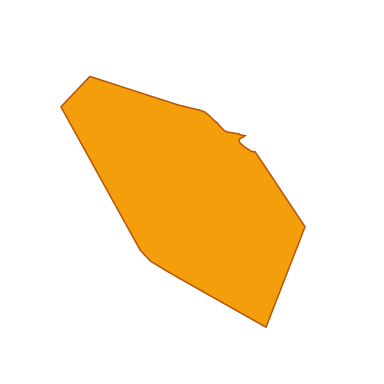 the district of Dar Sa'd, Lahij, Yemen, rotated 235°
{"feature_id": "15242507B92713589855665", "entity_name": "Dar Sa'd", "entity_type": "district", "adm_level": 2, "iso_a3": "YEM", "parent_name": "Yemen", "parent_adm1": "Lahij", "projection": "mercator", "projection_center": [44.98, 12.915], "detail": "fine", "context": "isolated", "style": "filled", "palette": "amber", "viewbox_px": 384, "rotation_deg": 235, "n_neighbors": 0, "source": "geoboundaries", "source_scale": "gbopen_adm2", "svg_char_len": 3209}
<svg xmlns="http://www.w3.org/2000/svg" viewBox="0 0 384 384"><g transform="rotate(235 192 192)"><path d="M336.9,133.5L304.1,130.0L292.8,128.8L247.5,124.0L236.2,122.8L173.8,116.2L164.7,117.5L159.2,118.3L151.8,121.6L139.2,127.1L138.9,127.3L129.0,131.9L42.2,173.4L38.8,175.1L44.7,183.9L60.2,207.1L60.3,207.2L76.0,230.7L91.3,253.7L91.5,253.9L91.6,254.1L91.9,254.5L92.3,255.1L92.6,255.5L92.8,255.9L93.0,256.2L93.3,256.6L93.4,256.8L93.7,257.2L94.0,257.6L94.3,258.0L96.9,262.0L98.3,264.2L98.6,264.6L101.6,264.7L102.5,264.7L103.0,264.7L103.6,264.7L104.6,264.8L105.7,264.8L106.7,264.8L107.7,264.8L109.3,264.9L111.0,264.9L112.4,265.0L113.2,265.0L114.3,265.0L115.6,265.1L116.8,265.1L118.0,265.1L119.3,265.1L120.5,265.2L121.7,265.2L123.0,265.2L123.5,265.2L124.2,265.3L125.4,265.3L126.6,265.3L127.9,265.4L129.1,265.4L130.4,265.4L131.6,265.4L132.5,265.5L132.9,265.5L134.1,265.5L135.3,265.6L136.6,265.6L137.8,265.6L138.6,265.6L139.0,265.6L142.9,265.7L144.6,265.8L145.9,265.8L147.1,265.8L148.3,265.9L149.6,265.9L150.9,265.9L152.1,266.0L153.3,266.0L153.6,266.0L154.4,266.0L155.7,266.1L156.9,266.1L158.2,266.1L159.4,266.2L160.6,266.2L161.9,266.2L163.2,266.2L164.4,266.3L165.7,266.3L165.9,266.3L166.1,266.3L166.9,266.4L168.5,266.4L169.2,266.4L169.7,266.4L169.8,266.5L179.0,266.6L181.2,266.6L186.7,266.7L187.4,266.7L188.9,266.8L189.2,266.3L190.0,265.1L191.6,263.8L191.7,263.7L195.0,262.5L195.5,262.2L196.6,261.8L196.9,261.7L197.1,261.6L197.5,261.4L197.8,261.3L198.7,261.0L199.3,260.8L199.7,260.7L199.8,260.6L200.4,260.5L200.8,260.4L201.5,260.2L202.4,260.0L202.7,259.9L203.4,259.7L203.7,259.7L204.9,259.5L205.4,259.5L205.9,259.7L206.0,259.8L206.8,260.1L206.9,260.3L207.3,260.5L207.6,260.7L208.1,261.2L208.0,261.4L208.0,261.9L208.0,262.3L207.8,264.5L207.6,266.2L207.7,266.7L207.7,267.3L207.7,267.6L207.7,267.8L207.8,267.7L209.5,266.0L211.4,264.0L212.6,264.0L212.9,263.6L213.3,263.2L213.9,262.5L215.2,261.2L215.9,260.4L217.1,259.3L217.4,258.9L217.7,258.6L218.9,257.3L220.3,255.9L220.6,255.6L220.8,255.6L221.3,255.2L221.9,254.8L222.9,254.2L224.7,253.5L228.3,252.9L229.1,252.8L229.3,252.8L231.5,252.4L231.8,252.3L232.3,252.3L232.7,252.2L233.3,252.5L233.5,252.6L234.0,252.5L234.3,252.4L234.5,252.2L235.0,252.2L235.4,251.9L235.5,251.9L235.9,251.7L236.3,251.6L236.5,251.5L236.8,251.5L236.9,251.4L238.0,251.2L238.3,251.1L239.4,250.9L239.7,250.9L241.2,250.6L243.4,250.1L244.2,250.0L246.5,249.5L247.1,249.3L250.4,248.3L250.7,248.1L251.5,247.5L251.9,247.2L252.2,247.0L253.4,246.3L253.9,245.9L257.0,243.1L259.5,241.0L262.0,238.7L263.9,237.0L266.0,235.3L266.9,234.5L268.4,233.1L271.7,230.2L272.8,229.3L273.1,229.2L292.6,214.4L295.1,212.5L295.2,212.4L298.4,210.0L305.2,204.9L322.2,192.0L324.3,190.5L344.9,174.9L345.2,174.7L345.2,174.4L345.1,174.1L345.0,173.8L344.8,172.3L344.5,171.2L344.3,169.8L344.1,169.1L344.0,168.6L343.9,167.8L343.7,167.0L343.5,166.1L343.2,164.8L343.0,163.5L342.8,162.4L342.5,161.1L342.3,159.8L342.2,159.2L342.0,158.5L341.8,157.4L341.5,156.1L341.3,154.9L341.1,154.0L341.1,153.9L340.8,152.6L340.6,151.1L340.5,150.7L340.4,150.5L340.2,149.4L339.9,148.1L339.9,147.8L339.7,147.1L339.5,146.2L339.2,144.4L339.0,143.5L338.6,141.5L337.7,137.4L337.4,135.8L336.9,133.5Z" fill="#f59e0b" stroke="#b45309" stroke-width="1.5"/></g></svg>